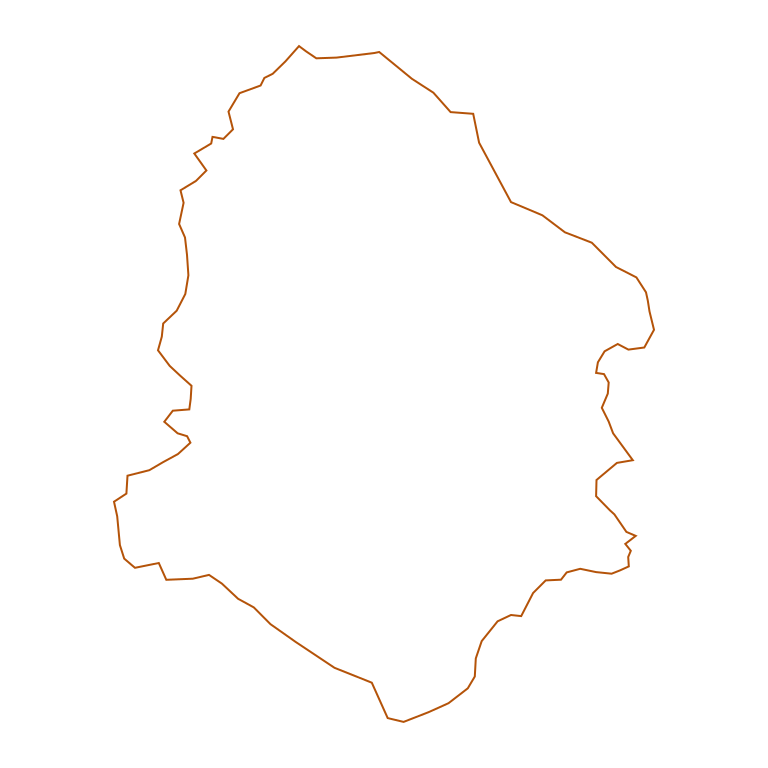 outline of Agios Konstantinos, Limassol, Cyprus
{"feature_id": "46923920B82469008436506", "entity_name": "Agios Konstantinos", "entity_type": "district", "adm_level": 2, "iso_a3": "CYP", "parent_name": "Cyprus", "parent_adm1": "Limassol", "projection": "orthographic", "projection_center": [33.076, 34.873], "detail": "fine", "context": "isolated", "style": "outline", "palette": "amber", "viewbox_px": 768, "rotation_deg": 0, "n_neighbors": 0, "source": "geoboundaries", "source_scale": "gbopen_adm2", "svg_char_len": 1614}
<svg xmlns="http://www.w3.org/2000/svg" viewBox="0 0 768 768"><path d="M614.4,514.4L614.2,514.2L610.0,510.4L596.1,496.2L596.5,480.0L616.9,462.9L632.8,460.2L613.1,433.3L608.7,421.6L601.8,407.8L607.8,393.6L608.7,382.5L604.0,374.1L596.1,372.9L597.9,362.3L604.6,351.3L617.7,344.0L628.4,349.6L644.3,347.5L654.0,329.8L649.5,311.4L647.8,300.6L646.0,292.3L636.4,277.4L616.0,267.0L591.8,242.7L564.9,232.3L542.4,215.3L511.0,202.1L479.1,142.7L473.2,113.8L450.6,112.1L433.4,92.7L411.9,78.8L379.2,52.0L374.4,53.0L336.5,57.6L316.3,58.3L306.0,51.3L299.0,46.1L285.5,61.3L272.7,73.8L264.4,77.9L260.6,85.5L239.5,93.2L228.5,111.6L233.0,129.3L223.4,138.9L213.9,137.1L212.5,136.9L211.2,143.5L194.3,153.5L206.4,170.5L196.0,180.9L180.5,190.3L183.6,202.8L179.1,224.0L185.0,237.5L187.0,254.8L188.4,275.3L185.3,294.0L176.7,310.7L163.2,323.5L161.8,336.7L158.0,350.3L169.7,365.9L180.1,375.6L191.5,385.8L190.7,398.9L189.3,409.4L172.8,410.7L164.3,421.8L177.6,433.3L187.1,436.2L190.4,442.7L178.0,454.0L163.0,462.2L149.3,470.2L127.5,475.7L126.4,493.6L114.0,501.7L117.2,516.3L119.9,545.1L124.2,558.6L132.0,565.3L135.0,567.8L158.8,563.0L166.3,579.8L192.8,578.7L209.0,574.9L221.9,583.6L238.1,598.8L253.8,607.4L270.5,624.2L295.9,642.1L334.5,667.8L371.8,682.7L387.7,718.1L401.5,721.4L403.6,721.9L428.5,712.2L448.5,703.2L455.9,697.5L467.8,688.3L474.8,676.5L475.8,658.4L481.7,641.1L497.6,621.3L511.0,615.0L521.2,616.1L533.1,593.0L545.7,580.4L561.0,579.7L566.7,572.4L580.2,568.8L596.1,572.1L611.6,573.7L620.0,570.4L628.8,566.4L628.2,557.0L630.8,550.8L625.3,543.9L635.7,535.9L626.4,531.9L614.4,514.4Z" fill="none" stroke="#b45309" stroke-width="2"/></svg>